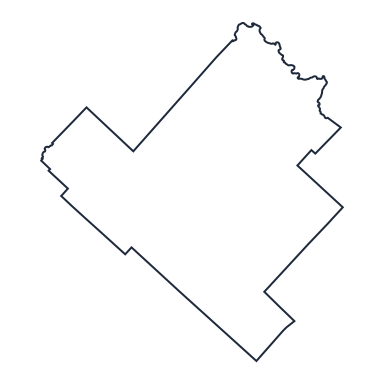 Pila, Buenos Aires, Argentina (orthographic projection)
{"feature_id": "61730980B41128044473522", "entity_name": "Pila", "entity_type": "district", "adm_level": 2, "iso_a3": "ARG", "parent_name": "Argentina", "parent_adm1": "Buenos Aires", "projection": "orthographic", "projection_center": [-58.263, -36.217], "detail": "fine", "context": "isolated", "style": "outline", "palette": "slate", "viewbox_px": 384, "rotation_deg": 0, "n_neighbors": 0, "source": "geoboundaries", "source_scale": "gbopen_adm2", "svg_char_len": 5566}
<svg xmlns="http://www.w3.org/2000/svg" viewBox="0 0 384 384"><path d="M333.1,217.8L338.6,211.9L342.8,207.3L297.4,165.5L311.4,150.1L315.3,153.6L340.8,127.5L329.3,119.0L327.8,117.8L327.5,118.0L326.9,118.1L325.9,118.2L325.5,118.0L325.3,117.9L324.9,117.4L324.4,116.3L324.1,115.7L323.9,115.4L323.5,115.1L323.0,114.7L322.2,114.6L322.0,114.4L321.7,114.0L321.3,113.8L321.0,113.7L320.6,113.5L320.6,113.1L320.6,112.9L320.7,112.5L320.7,112.2L320.2,111.3L319.8,111.0L319.7,110.7L319.7,110.1L319.9,109.6L320.0,109.2L319.9,108.6L319.4,107.6L318.9,107.0L318.6,106.7L318.3,106.4L318.2,106.1L318.2,105.5L318.3,105.2L318.5,105.1L318.9,105.1L319.4,104.9L319.5,104.7L319.6,103.8L319.4,103.4L319.0,102.7L318.7,102.5L318.1,102.3L317.8,101.9L317.7,101.3L317.8,100.7L318.0,100.4L318.2,99.9L318.5,99.5L319.0,99.1L319.7,98.4L320.2,97.7L320.5,97.4L320.9,96.3L321.2,95.8L321.3,95.2L321.5,94.6L322.0,93.2L322.0,92.8L322.1,91.6L322.2,91.2L322.2,90.4L322.3,90.1L322.6,89.5L322.7,89.3L323.1,88.8L323.4,88.5L323.6,88.1L323.8,87.4L324.1,86.8L324.5,86.3L325.3,85.4L325.6,85.0L326.0,84.3L326.3,83.9L326.6,83.5L326.8,82.8L326.9,82.4L326.7,81.7L326.2,81.2L325.9,80.6L325.6,80.2L325.2,79.4L324.7,78.8L324.6,78.6L324.5,78.3L324.5,77.6L324.4,77.2L324.1,76.5L323.8,76.2L323.5,76.1L323.4,76.1L322.8,76.3L322.7,76.4L322.5,77.4L322.3,78.1L322.1,78.4L321.9,78.6L321.6,78.8L321.4,78.8L321.2,78.8L320.7,78.8L320.0,78.9L319.5,78.8L318.9,78.5L318.6,78.6L318.3,78.7L317.9,78.9L317.6,79.0L317.4,78.9L317.1,78.7L316.9,78.5L316.8,77.5L316.7,77.3L316.5,77.0L315.8,76.5L315.0,76.3L314.5,76.3L313.9,76.4L313.1,76.8L312.3,77.4L310.7,77.7L310.0,78.0L309.1,78.7L308.6,78.9L307.3,79.2L306.2,79.5L304.8,79.7L303.6,79.5L303.1,79.4L302.7,79.2L302.2,79.0L301.0,78.7L300.6,78.7L299.6,78.7L299.2,78.8L298.9,78.8L298.5,78.7L298.1,78.5L297.9,78.3L297.7,78.0L297.7,77.6L297.8,77.3L298.0,77.2L298.8,76.8L299.0,76.6L299.1,76.1L299.3,74.9L299.3,74.5L299.2,74.2L299.0,73.9L298.8,73.7L298.3,73.3L297.9,73.1L297.2,73.2L296.7,73.4L296.5,73.5L295.9,73.5L295.3,73.3L294.9,73.3L294.5,73.2L293.6,73.3L293.2,73.5L292.9,73.5L292.6,73.4L292.4,73.2L292.1,72.9L291.8,72.5L291.7,72.1L291.6,71.6L291.6,71.2L291.7,70.7L291.8,70.4L291.9,70.2L292.1,70.1L292.8,70.0L293.2,69.9L293.5,69.5L294.2,68.9L294.3,68.6L294.3,67.8L294.4,67.3L294.5,67.0L294.2,66.5L294.0,66.2L293.5,65.8L293.2,65.6L291.4,65.1L290.9,65.1L288.5,65.4L288.1,65.2L287.3,64.6L286.8,64.3L286.4,64.1L285.7,63.6L285.5,63.3L285.3,62.8L285.1,62.6L284.9,62.5L284.6,62.5L284.1,62.4L283.8,62.1L283.7,61.8L283.7,61.5L283.9,61.3L284.0,61.0L283.8,60.7L283.5,60.3L283.2,60.2L282.7,60.0L282.5,59.9L282.3,59.7L282.2,59.5L282.2,59.1L282.2,58.7L282.3,58.3L282.8,57.6L283.1,56.6L283.1,56.1L283.1,55.7L282.8,55.3L282.4,55.1L281.6,54.9L281.1,54.4L280.4,53.7L279.9,53.4L279.5,53.1L279.2,52.7L278.9,52.2L278.7,51.5L278.6,51.1L278.5,50.8L278.6,50.4L279.0,50.0L279.3,49.7L279.7,49.5L280.1,49.4L280.4,49.2L280.6,48.9L280.6,48.6L280.6,48.1L280.5,47.7L280.1,46.9L279.9,46.3L279.6,45.1L279.2,43.6L279.0,43.3L278.3,42.7L278.0,42.4L277.5,42.3L276.6,42.4L276.2,42.6L275.8,42.9L275.7,43.4L275.7,44.1L275.7,44.3L275.6,44.5L275.4,44.7L275.1,44.6L274.8,44.4L274.0,43.7L273.5,43.4L273.0,43.4L272.6,43.6L272.3,43.7L272.0,43.8L271.7,43.8L271.2,43.7L270.6,43.6L269.6,43.3L269.1,43.2L268.3,43.0L266.8,42.3L266.4,42.1L265.8,41.6L265.2,41.1L264.7,40.7L264.5,40.0L264.4,39.4L264.5,39.1L264.7,38.4L264.7,38.1L264.6,37.8L263.4,36.6L262.8,35.7L261.6,34.3L261.0,34.1L260.8,33.8L260.2,32.7L260.0,32.3L259.9,31.9L259.7,31.6L259.6,31.4L259.6,31.1L259.6,29.7L259.7,29.3L260.4,28.5L260.6,28.1L260.5,27.8L260.3,27.3L260.0,27.0L259.8,26.7L259.6,26.5L259.4,26.5L259.3,26.3L259.1,26.1L258.6,25.9L258.3,25.8L258.1,25.7L257.6,25.6L257.5,25.4L257.4,25.4L256.6,25.1L255.8,24.5L255.5,24.4L254.8,24.3L254.4,24.2L254.2,23.8L253.9,23.5L253.4,23.3L252.8,23.4L252.5,23.4L252.1,23.7L252.0,23.9L252.0,24.1L252.2,24.3L252.4,24.5L252.8,24.8L253.1,25.3L253.2,25.5L252.6,26.1L252.2,26.4L251.5,26.7L251.2,26.8L250.1,26.9L249.3,26.9L248.9,26.8L248.6,26.6L248.2,26.3L247.8,26.3L247.4,26.3L247.0,26.0L246.7,25.5L245.9,24.7L245.3,24.4L244.9,24.3L244.7,24.1L244.2,23.3L243.9,23.1L243.7,23.1L242.5,23.0L242.1,23.1L241.8,23.2L241.1,23.6L240.6,24.0L239.9,24.3L239.1,24.6L238.8,24.8L238.7,24.9L238.4,25.6L238.0,26.3L237.7,27.2L237.6,27.6L237.6,27.8L237.8,28.9L237.8,29.1L237.4,30.3L237.1,30.9L236.8,31.3L236.6,31.5L236.1,31.8L235.9,32.0L235.5,32.5L235.4,32.8L235.2,33.5L235.1,33.8L234.8,34.4L234.7,34.7L234.8,34.9L234.9,35.4L235.3,35.8L235.7,36.3L235.8,36.5L235.9,37.2L236.0,37.6L236.2,37.9L236.3,38.2L236.4,38.6L236.4,39.0L236.3,39.4L236.0,39.8L235.7,40.0L235.4,40.2L234.5,40.3L234.2,40.3L234.1,40.5L233.4,41.0L233.2,41.2L232.9,41.2L232.7,41.0L232.3,40.5L216.4,57.2L189.2,88.1L179.0,99.6L155.5,126.2L133.3,151.3L86.5,107.4L72.6,121.9L72.1,122.4L52.1,143.0L53.0,143.9L52.5,144.5L52.1,145.1L52.0,145.3L50.9,145.5L50.4,145.7L50.1,146.1L49.5,146.5L49.2,146.8L48.4,147.2L48.2,147.2L47.9,146.9L47.7,146.8L46.8,146.8L46.4,146.9L45.8,147.2L45.5,147.3L45.1,147.9L44.8,148.7L44.7,148.8L44.8,149.2L45.3,150.0L45.2,150.7L45.1,151.2L45.0,151.4L44.9,151.5L44.1,151.7L43.9,151.9L43.5,152.1L43.0,152.8L42.8,153.2L42.7,153.5L42.6,154.0L42.4,154.4L42.3,155.3L42.5,155.7L42.8,156.4L42.9,156.7L43.0,156.8L42.9,157.1L42.2,157.7L41.9,158.1L42.3,158.3L42.6,158.6L42.7,158.8L42.2,159.4L41.8,159.7L41.7,159.8L41.2,160.6L50.1,169.1L48.6,170.7L67.9,188.6L61.2,196.0L72.4,206.5L85.6,218.5L97.4,229.1L125.2,254.3L131.5,247.4L179.7,291.7L256.4,361.0L283.1,330.7L286.4,327.4L294.4,321.1L279.4,306.6L264.3,291.8L308.5,243.9L328.4,223.0L333.1,217.8Z" fill="none" stroke="#1e293b" stroke-width="2"/></svg>